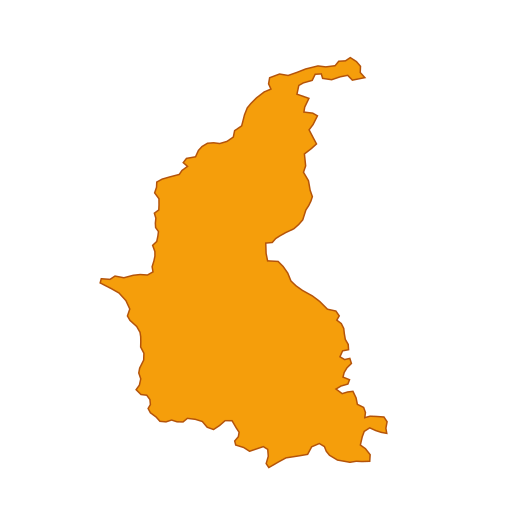 Abatiá, Paraná, Brazil, rotated 97°
{"feature_id": "56859067B75283537526286", "entity_name": "Abatiá", "entity_type": "district", "adm_level": 2, "iso_a3": "BRA", "parent_name": "Brazil", "parent_adm1": "Paraná", "projection": "equal_earth", "projection_center": [-50.32, -23.304], "detail": "fine", "context": "isolated", "style": "filled", "palette": "amber", "viewbox_px": 512, "rotation_deg": 97, "n_neighbors": 0, "source": "geoboundaries", "source_scale": "gbopen_adm2", "svg_char_len": 2839}
<svg xmlns="http://www.w3.org/2000/svg" viewBox="0 0 512 512"><g transform="rotate(97 256 256)"><path d="M403.3,358.7L407.5,353.3L407.5,347.5L411.4,343.8L416.3,342.7L420.5,344.5L424.5,341.7L428.0,335.5L431.8,331.2L431.6,325.1L429.1,319.8L430.2,314.2L429.6,308.2L425.5,304.3L425.5,296.3L426.8,289.1L431.9,283.6L433.4,277.0L428.7,271.5L423.2,266.6L422.4,259.7L429.1,254.6L433.0,251.3L437.5,251.5L442.2,254.6L446.1,253.1L447.6,244.8L450.6,238.6L444.3,225.5L446.5,220.8L453.3,219.4L460.8,220.6L464.4,217.5L457.6,208.5L452.7,201.6L449.1,188.9L446.6,180.6L438.6,177.5L434.4,170.3L436.8,164.9L441.3,162.4L444.8,158.8L448.6,150.3L449.3,137.6L447.5,131.5L447.1,125.8L445.9,118.1L439.3,118.5L433.9,123.9L430.9,129.4L422.4,128.5L416.9,127.2L412.7,122.2L414.7,115.8L415.8,110.1L416.1,104.6L411.1,106.1L404.5,105.7L400.2,109.4L400.6,117.1L401.1,123.3L403.2,128.3L398.0,128.3L393.2,130.7L390.9,137.3L384.6,139.4L378.5,143.3L379.8,148.5L382.1,153.7L378.3,160.4L374.7,155.8L371.9,149.2L367.4,148.1L365.6,154.9L360.9,154.3L355.9,152.1L351.0,148.2L346.2,150.4L348.0,155.4L345.8,160.4L339.6,158.5L337.7,152.7L332.5,153.7L327.9,157.2L322.2,158.9L317.2,160.1L312.7,163.1L309.8,168.0L305.3,166.1L300.9,170.0L300.1,178.6L293.3,187.3L288.8,195.1L284.5,205.7L280.7,212.7L276.5,218.3L269.1,222.4L263.1,227.8L258.7,233.4L259.4,243.9L252.2,246.3L242.0,247.9L240.6,241.5L236.3,238.6L233.2,234.9L229.1,229.3L224.4,221.8L219.6,217.5L214.4,214.0L204.2,212.1L199.5,209.8L194.8,208.2L190.2,207.3L184.1,210.3L179.1,211.8L174.9,213.1L167.1,219.1L160.5,217.7L148.8,220.4L142.5,214.0L137.4,209.6L131.7,213.6L124.3,218.7L118.6,215.4L109.4,212.1L107.3,217.1L107.3,226.0L102.3,225.8L93.1,222.7L90.4,235.1L81.5,234.3L78.4,230.1L74.8,221.6L68.4,219.4L67.3,213.4L71.6,211.5L71.8,202.4L67.9,194.3L65.5,187.0L69.7,181.8L65.7,169.7L61.2,174.9L55.0,175.4L50.8,180.0L47.6,186.6L51.4,191.0L52.6,197.6L57.5,200.7L59.8,209.8L59.8,217.7L64.3,229.5L68.7,237.6L72.9,246.1L72.5,254.8L77.4,264.2L83.6,264.5L88.5,261.5L92.1,267.8L99.0,274.8L105.3,279.7L110.0,282.7L117.2,284.6L124.3,285.5L128.6,286.1L134.2,292.5L140.7,293.0L145.8,298.8L148.8,305.7L148.8,311.9L150.0,317.9L153.9,322.9L158.2,326.0L164.9,328.1L167.6,336.9L172.2,339.6L175.4,334.9L180.1,339.9L184.4,342.1L188.0,351.2L191.1,358.5L194.7,363.5L199.9,363.1L205.7,364.3L211.0,359.3L217.1,358.5L222.1,358.1L225.9,362.1L230.7,360.0L235.7,359.9L240.0,359.1L243.6,355.8L248.1,355.8L253.7,356.3L258.0,359.9L263.9,356.9L268.4,356.3L273.2,356.7L279.3,357.8L284.3,356.3L288.1,361.4L288.5,368.7L290.1,375.5L293.7,384.5L293.1,393.5L297.0,398.1L297.4,406.8L301.7,407.4L306.2,395.2L309.4,387.5L316.1,379.7L324.0,374.8L331.2,376.3L335.3,373.2L340.5,365.8L345.9,361.8L350.2,360.6L355.2,359.9L360.4,359.4L366.2,355.4L373.0,354.8L381.4,357.8L386.4,358.1L392.0,355.4L398.4,356.0L403.3,358.7Z" fill="#f59e0b" stroke="#b45309" stroke-width="1.5"/></g></svg>